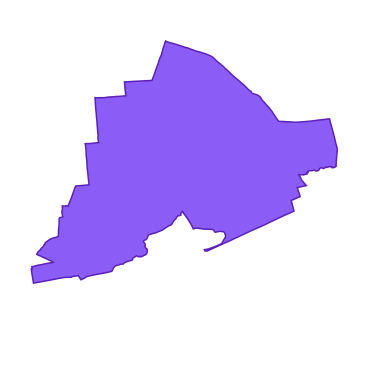 Fantanele, Iasi, Romania, rotated 288°
{"feature_id": "2599482B12543048192025", "entity_name": "Fantanele", "entity_type": "district", "adm_level": 2, "iso_a3": "ROU", "parent_name": "Romania", "parent_adm1": "Iasi", "projection": "albers", "projection_center": [27.177, 47.409], "detail": "fine", "context": "isolated", "style": "filled", "palette": "violet", "viewbox_px": 384, "rotation_deg": 288, "n_neighbors": 0, "source": "geoboundaries", "source_scale": "gbopen_adm2", "svg_char_len": 5933}
<svg xmlns="http://www.w3.org/2000/svg" viewBox="0 0 384 384"><g transform="rotate(288 192 192)"><path d="M304.1,300.2L303.2,298.0L302.3,296.4L301.4,294.2L300.6,292.5L296.2,283.2L295.3,281.1L293.1,275.9L291.6,272.3L290.2,268.4L289.1,264.0L288.2,260.8L287.5,257.9L286.5,254.4L286.2,253.0L286.1,252.7L286.2,252.4L286.3,252.2L286.5,251.8L286.9,251.3L291.9,244.8L293.4,243.2L294.1,242.0L294.9,240.8L296.0,239.3L298.3,235.1L299.2,233.8L299.9,232.6L300.1,232.0L300.4,231.4L301.5,229.7L303.2,227.8L303.7,227.1L303.7,226.7L304.1,225.8L304.5,224.1L304.5,222.5L304.4,221.5L304.4,220.9L304.5,219.7L304.4,219.3L304.6,218.4L304.7,218.2L304.9,217.9L305.6,217.3L306.1,216.6L306.1,215.9L306.6,214.5L307.3,213.2L308.2,211.5L309.4,209.0L309.8,208.3L311.0,205.1L311.5,204.2L312.8,201.1L313.0,200.6L313.6,199.2L314.2,197.7L314.2,197.4L314.7,196.4L316.2,193.1L317.7,190.2L319.2,186.8L319.7,185.5L321.1,182.8L321.7,181.5L322.5,179.5L323.2,177.4L323.8,176.0L324.9,173.6L325.2,173.1L326.4,170.6L327.0,168.6L327.2,166.9L327.3,166.2L327.5,164.2L327.6,162.5L327.6,157.1L327.5,155.0L327.3,152.7L327.3,151.7L327.5,148.1L327.5,146.4L327.7,142.5L327.5,141.2L327.5,138.2L327.5,132.9L327.5,129.2L327.2,125.2L327.3,120.9L327.5,120.3L325.6,120.1L324.1,120.1L322.9,120.2L322.4,120.3L321.4,120.1L318.2,120.2L317.0,120.3L315.1,120.3L314.1,120.5L313.3,120.5L309.8,120.1L305.9,119.9L305.0,120.0L303.9,120.1L303.5,120.1L302.9,120.0L296.3,119.8L293.9,119.8L290.7,119.7L285.7,119.4L279.0,101.9L275.8,93.8L269.2,96.5L268.3,97.0L263.0,99.3L261.7,96.0L261.2,95.0L260.7,93.9L260.0,91.9L259.4,90.2L258.4,88.2L256.6,83.5L254.5,79.1L252.1,71.9L251.8,70.6L244.0,73.7L243.0,74.1L238.7,75.9L237.4,76.6L235.6,77.2L233.1,78.3L231.2,79.2L226.3,81.1L224.0,82.1L218.0,84.6L217.9,84.8L217.4,85.2L216.8,85.3L216.4,85.3L214.4,85.8L210.1,87.9L209.7,87.0L208.9,85.3L208.6,84.5L207.2,81.5L205.7,77.6L205.5,76.8L204.9,75.5L201.8,77.1L198.6,78.5L194.0,80.1L191.8,81.1L189.4,82.2L185.1,83.9L182.5,84.8L178.8,86.6L169.3,90.8L167.0,91.9L161.7,79.5L155.7,79.2L152.8,79.2L149.1,79.1L145.5,78.8L142.0,78.5L141.1,78.5L140.1,78.6L140.2,76.9L140.0,76.2L139.2,75.5L138.9,73.7L138.6,72.9L136.7,73.7L134.9,74.1L132.8,74.4L128.1,76.8L127.4,75.3L126.7,74.2L125.8,73.8L125.5,73.9L120.6,75.5L116.6,76.4L115.5,76.5L111.0,77.9L108.7,78.5L108.1,77.9L107.4,77.4L107.2,77.1L106.1,75.4L105.1,73.8L104.7,73.3L103.9,72.3L101.7,70.4L99.7,69.1L98.8,68.3L98.4,68.1L97.4,68.2L96.1,67.7L94.8,67.5L94.0,67.3L92.2,66.2L89.3,65.2L88.8,64.9L88.2,64.4L87.7,64.1L87.1,64.0L85.3,63.6L84.8,63.4L84.7,63.1L84.4,65.6L84.3,67.4L83.4,74.9L83.3,76.1L83.1,76.8L82.8,79.7L82.5,81.6L82.3,81.9L82.2,81.9L80.0,77.6L79.3,76.3L78.5,74.8L76.1,70.7L74.8,68.2L74.3,67.3L73.6,66.3L72.1,63.9L71.5,62.8L69.4,63.7L69.2,63.0L68.1,63.4L56.3,69.4L63.9,83.5L67.1,89.2L69.5,93.6L71.7,98.0L72.8,101.1L73.6,103.7L74.3,104.1L74.7,104.5L76.8,108.7L77.4,109.7L76.7,110.4L74.2,113.6L74.8,114.3L75.5,114.8L76.5,116.0L79.5,118.6L85.3,128.8L86.4,131.1L91.3,139.6L92.2,140.4L94.4,140.7L95.0,140.7L96.5,141.1L97.5,141.6L97.9,141.9L98.5,142.5L99.2,143.5L99.6,144.2L99.9,144.6L100.4,145.3L101.1,145.8L101.2,146.1L101.2,146.6L101.6,147.4L101.9,147.8L102.1,148.7L102.9,149.1L103.5,149.4L103.9,149.7L105.0,150.9L106.1,152.3L107.8,154.8L107.9,155.1L108.7,156.1L108.9,156.3L109.4,156.4L110.2,156.0L110.6,156.0L110.8,156.1L111.2,156.4L111.5,156.5L111.8,157.1L111.9,157.3L112.4,157.4L113.0,157.9L113.1,158.2L113.3,158.3L114.1,158.8L114.3,159.2L114.1,159.4L114.1,159.6L114.1,159.8L114.1,160.0L113.8,160.5L113.8,160.8L113.9,161.2L113.9,161.5L114.1,161.9L114.8,162.6L114.9,162.9L114.6,163.4L114.7,163.7L114.7,163.9L115.1,164.2L115.9,165.0L116.5,165.6L117.4,166.3L117.8,167.2L117.9,167.3L118.6,167.5L119.4,167.9L121.1,168.0L122.2,167.6L122.6,167.4L123.3,167.3L123.3,167.2L123.5,166.8L124.1,166.5L124.1,166.2L124.1,165.9L124.2,165.5L124.7,165.2L125.0,164.8L125.7,164.2L126.0,164.1L126.4,164.1L127.5,163.8L127.7,163.6L128.4,163.1L129.0,162.4L129.3,161.7L129.5,161.3L130.0,161.1L130.6,161.1L131.0,161.2L132.4,162.9L133.0,163.4L133.5,163.5L137.8,163.9L140.4,167.7L141.7,169.8L145.3,174.0L146.2,175.2L151.9,179.7L154.5,182.5L155.9,183.0L158.5,183.4L160.4,184.2L161.2,184.9L163.4,185.2L164.3,185.6L165.2,186.1L165.2,186.9L165.7,187.2L166.3,188.2L166.7,188.6L167.9,188.0L168.7,188.0L169.1,188.5L169.8,188.6L170.7,189.0L169.9,190.0L168.9,190.9L168.3,191.9L164.6,196.8L160.5,201.6L159.0,203.2L157.3,204.6L158.6,206.6L159.0,207.4L159.2,208.0L159.6,210.4L159.7,210.9L160.0,212.6L160.2,214.0L161.0,216.9L161.6,218.8L161.9,220.1L162.7,223.0L162.4,224.3L162.2,224.8L161.3,225.6L161.0,226.0L160.9,226.5L162.1,228.7L163.1,230.2L163.3,231.0L163.9,234.4L163.6,235.2L161.8,236.8L160.1,237.8L152.1,236.1L149.7,233.5L148.7,232.3L146.3,229.7L144.3,226.9L142.9,225.3L141.8,223.2L141.0,221.6L140.0,222.5L140.2,224.0L140.5,224.6L141.4,225.6L148.8,233.7L151.1,236.2L154.5,239.9L155.9,241.6L156.9,242.7L158.0,243.9L160.9,246.8L162.7,248.8L163.2,249.4L166.4,252.7L168.4,254.9L173.3,260.1L178.8,266.3L180.6,268.3L183.5,271.5L185.9,273.9L188.9,277.1L192.3,280.7L193.7,282.2L197.9,286.6L202.4,291.7L205.3,294.9L214.6,289.0L221.1,296.3L228.8,290.7L233.4,298.8L237.2,292.6L239.9,290.1L241.6,288.2L242.2,290.9L242.8,292.3L242.6,292.7L243.1,293.3L244.0,294.9L244.7,295.8L245.6,295.1L246.4,296.0L246.5,296.4L247.6,295.8L249.0,298.0L249.0,298.7L249.1,299.2L249.5,299.8L249.8,300.0L250.1,300.4L250.4,300.7L250.6,301.3L250.6,301.9L250.5,302.3L250.3,302.7L250.2,303.0L250.3,303.4L251.2,305.3L251.4,305.5L252.9,306.2L253.1,306.2L253.5,306.0L254.7,306.9L255.0,307.4L255.2,308.2L255.0,308.5L254.9,309.3L255.1,310.0L256.1,311.0L257.1,311.0L257.3,311.3L257.1,312.8L258.9,315.3L258.7,316.2L259.3,316.7L259.3,316.9L259.2,317.2L258.5,317.5L258.3,317.7L258.4,318.0L259.0,318.8L258.9,318.9L259.2,319.3L259.2,319.7L259.5,319.8L260.1,320.5L260.5,320.3L261.2,321.2L262.7,320.5L273.1,318.0L276.9,317.2L277.8,316.9L284.1,312.9L288.3,310.4L296.9,304.8L301.1,302.0L304.1,300.2Z" fill="#8b5cf6" stroke="#5b21b6" stroke-width="1.5"/></g></svg>